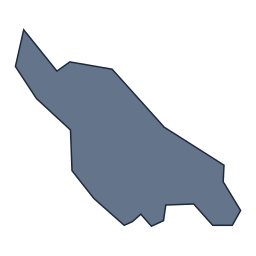 the district of Delvinë, Vlorë, Albania
{"feature_id": "67620474B1879164611880", "entity_name": "Delvinë", "entity_type": "district", "adm_level": 2, "iso_a3": "ALB", "parent_name": "Albania", "parent_adm1": "Vlorë", "projection": "robinson", "projection_center": [20.095, 39.973], "detail": "fine", "context": "isolated", "style": "filled", "palette": "slate", "viewbox_px": 256, "rotation_deg": 0, "n_neighbors": 0, "source": "geoboundaries", "source_scale": "gbopen_adm2", "svg_char_len": 392}
<svg xmlns="http://www.w3.org/2000/svg" viewBox="0 0 256 256"><path d="M23.7,29.8L15.4,66.5L36.5,98.6L70.5,130.0L72.0,170.7L93.9,198.5L124.2,225.3L132.5,221.6L140.8,214.2L151.4,226.2L163.5,220.7L165.8,205.0L193.7,204.0L212.7,225.3L232.3,225.3L240.6,210.5L223.2,181.8L224.0,165.2L164.2,127.2L112.1,69.2L69.8,61.9L56.9,71.1L23.7,29.8Z" fill="#64748b" stroke="#1e293b" stroke-width="1.5"/></svg>